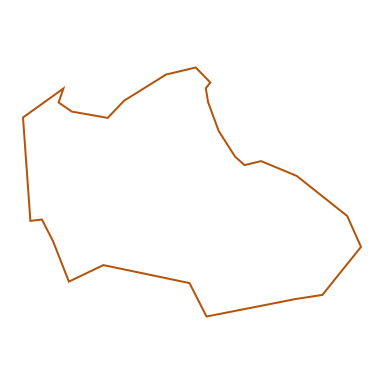 outline of Poquoson, Virginia, United States of America
{"feature_id": "52423323B32700923685802", "entity_name": "Poquoson", "entity_type": "district", "adm_level": 2, "iso_a3": "USA", "parent_name": "United States of America", "parent_adm1": "Virginia", "projection": "albers", "projection_center": [-76.358, 37.134], "detail": "fine", "context": "isolated", "style": "outline", "palette": "amber", "viewbox_px": 384, "rotation_deg": 0, "n_neighbors": 0, "source": "geoboundaries", "source_scale": "gbopen_adm2", "svg_char_len": 448}
<svg xmlns="http://www.w3.org/2000/svg" viewBox="0 0 384 384"><path d="M63.4,88.5L23.0,117.5L30.4,220.9L41.9,219.5L52.9,240.9L68.9,281.6L103.3,265.1L189.5,283.1L206.5,316.5L295.1,299.1L322.4,294.9L361.0,246.9L347.2,216.0L296.8,176.0L261.1,161.1L244.6,165.1L235.1,156.7L218.7,131.0L208.1,102.2L205.8,88.3L210.3,82.5L195.7,67.5L166.1,74.5L124.2,100.6L107.7,117.9L71.8,111.6L58.6,102.5L63.4,88.5Z" fill="none" stroke="#b45309" stroke-width="2"/></svg>